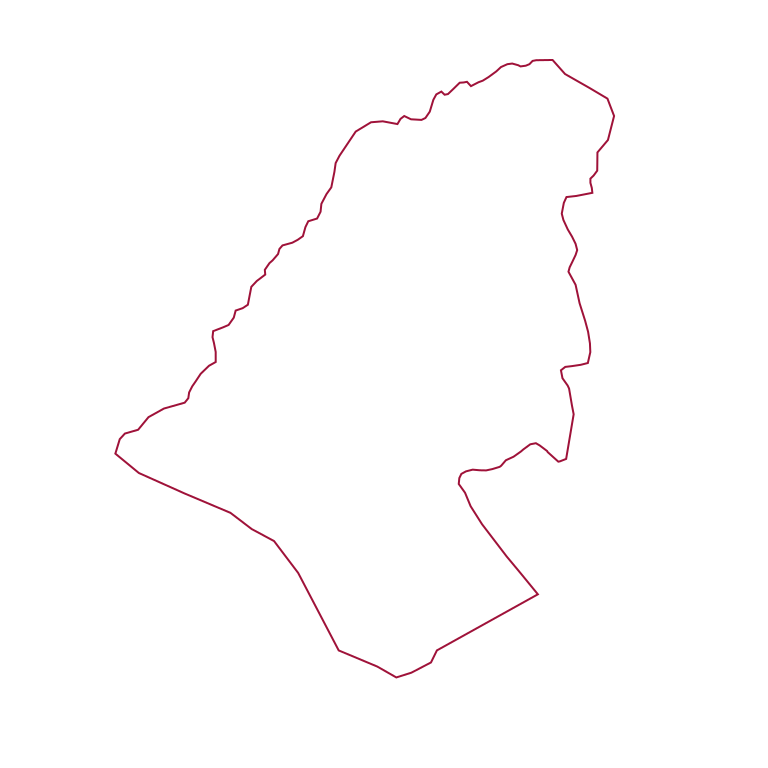 Bogangolo, Ombella-M'Poko, Central African Republic (Albers equal-area conic projection), rotated 79°
{"feature_id": "33826404B36599130273361", "entity_name": "Bogangolo", "entity_type": "district", "adm_level": 2, "iso_a3": "CAF", "parent_name": "Central African Republic", "parent_adm1": "Ombella-M'Poko", "projection": "albers", "projection_center": [18.123, 5.472], "detail": "fine", "context": "isolated", "style": "outline", "palette": "rose", "viewbox_px": 768, "rotation_deg": 79, "n_neighbors": 0, "source": "geoboundaries", "source_scale": "gbopen_adm2", "svg_char_len": 2134}
<svg xmlns="http://www.w3.org/2000/svg" viewBox="0 0 768 768"><g transform="rotate(79 384 384)"><path d="M619.8,273.1L596.2,285.8L576.7,296.5L540.4,314.5L520.5,322.3L506.2,325.2L496.4,329.7L490.7,328.0L487.0,325.2L485.4,320.2L485.0,313.3L487.0,306.3L488.3,300.2L488.2,294.0L487.4,286.3L486.6,284.6L482.1,278.9L480.1,270.7L476.4,262.5L474.8,259.7L471.1,251.9L471.1,246.2L474.0,242.9L480.9,236.7L482.1,236.3L493.5,227.7L493.5,226.1L492.3,219.5L449.9,203.6L441.0,203.6L423.8,203.2L420.6,204.0L412.4,207.7L404.3,207.7L401.8,202.8L402.3,196.2L402.7,187.2L402.3,179.9L392.1,175.4L383.5,174.1L371.7,173.7L360.3,174.5L342.0,176.6L323.2,177.0L309.0,181.5L304.9,179.5L300.0,175.8L293.9,171.3L289.4,168.8L282.9,169.2L275.2,171.3L267.4,174.1L257.2,176.6L250.7,177.0L240.5,172.9L235.3,169.2L236.1,159.4L236.1,143.0L231.2,142.6L225.9,143.0L221.8,142.2L219.4,138.5L215.3,134.0L207.6,132.4L197.4,130.3L187.2,117.6L164.8,107.0L146.5,110.2L132.6,125.8L114.3,147.1L98.1,156.7L95.2,172.8L95.2,176.5L97.8,180.2L98.6,184.1L98.3,189.4L96.7,191.4L93.9,197.0L93.6,201.9L95.2,208.7L98.6,214.2L102.7,222.9L105.1,229.2L105.8,233.6L108.2,241.8L103.2,244.9L103.2,248.3L102.7,252.2L107.7,259.8L111.6,265.9L111.6,269.3L107.9,271.9L109.7,277.4L114.4,281.3L119.9,284.2L125.4,287.1L130.8,292.6L131.9,296.8L129.3,307.0L124.8,313.0L126.9,317.2L131.4,321.2L125.9,335.1L124.6,346.8L130.8,363.6L151.4,384.1L157.9,389.3L166.3,392.2L180.9,398.2L186.6,404.2L195.2,411.1L202.8,413.4L208.8,418.1L209.8,427.3L215.0,431.2L223.4,435.4L226.0,441.2L227.8,447.0L228.6,457.2L231.5,460.9L236.2,463.2L241.4,469.8L243.5,473.4L249.2,479.2L253.9,479.7L258.6,489.2L263.3,495.7L273.7,499.9L280.2,502.5L282.6,508.3L283.6,515.6L290.2,518.8L296.4,525.3L297.7,531.3L299.5,541.6L305.3,543.4L311.3,543.1L320.4,543.1L330.3,545.0L332.7,552.3L339.0,562.0L345.7,568.6L349.7,572.7L355.1,576.9L360.6,578.8L364.3,583.2L366.1,604.7L371.6,621.5L382.0,634.1L383.2,647.8L387.7,653.9L401.1,661.0L424.6,641.6L453.3,600.8L481.2,559.3L501.2,541.5L517.2,521.9L553.1,504.3L636.9,479.3L660.1,444.5L674.4,427.9L672.6,412.2L666.3,391.0L655.6,382.9L619.8,273.1Z" fill="none" stroke="#9f1239" stroke-width="2"/></g></svg>